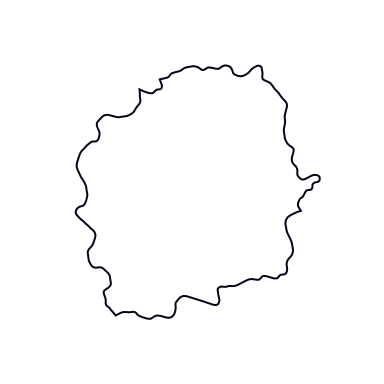 Santo Domingo Norte, Santo Domingo, Dominican Republic, rotated 107°
{"feature_id": "3306468B69906942456290", "entity_name": "Santo Domingo Norte", "entity_type": "district", "adm_level": 2, "iso_a3": "DOM", "parent_name": "Dominican Republic", "parent_adm1": "Santo Domingo", "projection": "albers", "projection_center": [-69.908, 18.61], "detail": "fine", "context": "isolated", "style": "outline", "palette": "ink", "viewbox_px": 384, "rotation_deg": 107, "n_neighbors": 0, "source": "geoboundaries", "source_scale": "gbopen_adm2", "svg_char_len": 5665}
<svg xmlns="http://www.w3.org/2000/svg" viewBox="0 0 384 384"><g transform="rotate(107 192 192)"><path d="M210.1,302.6L212.2,300.1L213.8,298.2L215.6,296.5L217.5,295.0L218.9,294.3L221.0,293.4L224.1,291.7L225.6,291.2L227.1,290.9L228.7,290.8L231.1,290.7L233.4,290.9L234.9,291.1L236.2,291.7L236.8,292.0L237.2,292.5L239.0,295.2L240.0,296.1L241.2,296.9L242.6,297.4L244.0,297.5L245.5,297.3L246.1,297.0L246.7,296.7L247.6,295.6L249.7,292.1L250.3,290.9L251.4,288.1L253.4,284.2L254.6,281.4L256.3,278.3L257.8,275.0L258.6,273.8L259.7,272.8L260.9,272.0L261.6,271.7L263.2,271.4L265.5,271.3L268.8,271.4L271.2,271.6L272.7,272.0L274.0,272.5L275.9,273.5L277.2,274.0L277.9,274.1L279.4,274.2L280.1,274.1L281.4,273.6L283.9,272.4L286.7,271.2L287.4,270.8L289.3,269.3L291.0,267.5L291.9,266.3L292.6,264.8L292.7,264.1L292.7,262.6L292.3,261.3L291.0,258.3L290.8,257.6L290.7,256.1L290.9,255.4L291.3,254.1L292.6,251.6L293.4,249.6L294.2,248.3L295.1,247.2L296.2,246.2L297.5,245.5L299.5,244.6L302.0,243.3L303.3,242.8L304.1,242.7L305.6,242.8L307.0,243.4L308.2,244.2L310.5,246.1L311.7,246.9L312.3,247.1L313.0,247.2L313.7,247.2L314.4,246.9L315.6,246.2L318.0,244.4L319.3,243.5L320.6,242.9L324.0,241.9L325.0,241.2L325.8,240.2L326.6,237.8L327.1,236.7L328.6,234.9L330.3,232.0L332.4,228.9L329.2,225.6L328.1,224.4L327.1,223.0L326.8,222.3L326.3,220.8L325.2,216.4L324.1,214.0L323.7,212.7L323.6,212.1L323.7,210.8L324.2,209.8L325.1,208.5L325.4,208.0L325.9,205.8L326.2,203.4L326.2,200.9L326.2,198.4L326.0,196.8L325.6,195.3L325.0,194.1L324.5,193.6L322.5,192.1L321.5,191.1L320.7,190.0L320.1,188.6L319.7,186.2L319.5,179.5L319.2,177.8L318.6,176.4L317.7,175.2L316.5,174.3L315.1,173.6L313.4,173.3L311.7,173.2L309.1,173.4L306.7,174.0L303.8,175.1L303.1,175.2L301.9,175.0L298.2,173.5L296.8,172.9L295.7,172.0L294.7,170.9L293.9,169.7L293.6,168.9L293.3,167.2L293.2,165.4L293.3,150.1L293.6,139.4L293.4,137.0L292.8,135.5L292.3,134.9L291.8,134.4L291.1,134.2L289.7,133.9L288.3,134.0L287.5,134.2L286.2,134.7L283.2,136.5L278.3,138.8L277.1,139.0L276.4,138.8L275.8,138.5L274.8,137.7L274.1,136.6L273.8,136.0L272.9,132.1L272.6,131.5L271.3,129.6L271.0,129.0L269.9,125.0L269.3,123.5L268.3,122.1L267.2,120.8L261.0,114.5L259.9,113.2L258.8,111.8L258.1,110.3L257.8,109.5L257.5,107.9L256.9,104.0L256.4,102.6L256.0,102.1L255.0,101.4L252.9,100.5L252.4,100.2L251.9,99.8L251.5,99.2L251.2,98.6L250.9,97.1L250.7,94.7L250.7,89.0L250.4,87.4L250.0,86.1L249.6,85.5L249.1,85.1L248.0,84.5L246.4,83.8L245.4,83.1L244.8,82.2L244.0,80.0L243.2,79.0L242.7,78.6L241.4,78.2L240.7,78.1L239.3,78.2L238.5,78.3L237.2,78.7L234.1,80.2L232.6,80.6L231.1,80.7L229.6,80.6L228.1,80.3L224.3,78.5L222.8,78.1L220.5,78.0L219.0,78.1L218.2,78.3L216.9,78.9L211.0,81.9L209.0,83.5L203.4,88.7L201.4,90.2L198.7,91.5L195.6,93.2L194.1,93.6L192.6,93.9L191.0,93.8L189.5,93.6L188.0,92.9L186.6,92.0L184.7,90.3L182.3,87.7L180.5,85.7L178.1,82.3L175.1,85.9L173.9,86.7L172.5,87.2L170.9,87.3L169.3,87.2L167.8,87.0L166.4,86.4L164.6,85.0L164.0,84.7L162.6,84.3L158.8,83.6L157.5,83.1L156.9,82.7L156.5,82.2L155.4,79.6L155.1,79.1L154.7,78.7L154.2,78.4L153.1,78.2L152.0,78.3L150.0,78.9L148.9,78.7L147.9,78.1L147.0,77.3L145.6,74.7L144.8,73.9L144.2,73.6L143.0,73.5L141.3,73.9L140.7,74.2L140.2,74.7L139.7,75.3L139.5,76.0L139.4,76.7L139.4,78.1L139.7,79.6L140.0,80.3L140.4,81.0L141.4,82.4L146.6,87.7L147.4,89.0L147.7,89.7L147.9,90.4L147.7,91.7L147.2,92.9L146.0,95.0L145.1,96.0L143.9,96.6L140.6,97.5L139.9,97.8L138.7,98.5L137.3,100.0L135.6,103.1L134.7,104.2L133.7,105.1L132.4,105.9L131.7,106.1L130.1,106.5L123.6,106.7L122.1,107.0L121.5,107.3L120.9,107.8L120.2,108.9L118.9,112.8L117.8,114.8L116.8,116.0L115.6,117.2L114.4,118.3L113.0,119.1L106.4,122.2L104.7,122.6L99.6,123.1L98.0,123.4L96.5,123.9L93.9,125.1L92.5,125.5L90.1,125.8L83.3,126.1L81.6,126.4L80.8,126.7L79.6,127.4L78.1,129.0L77.4,130.2L76.1,132.7L75.0,134.3L72.0,138.1L71.3,139.3L69.5,142.7L66.1,147.1L65.3,148.5L64.9,149.2L64.5,150.7L64.0,155.1L63.7,156.4L63.4,157.0L62.9,157.6L62.4,158.0L61.8,158.3L60.5,158.7L58.5,159.1L57.1,159.6L53.1,161.6L52.5,162.0L52.1,162.5L51.7,163.1L51.6,163.8L51.6,164.5L51.7,165.2L52.3,166.6L53.9,168.3L55.7,169.9L57.0,170.8L60.5,172.4L61.9,173.2L63.2,174.2L65.0,175.9L66.0,177.2L66.8,178.6L67.1,179.4L67.4,180.9L67.5,183.2L67.3,184.7L67.0,186.1L66.3,187.3L65.8,187.7L63.2,189.6L61.8,191.1L61.5,191.7L61.0,193.2L60.9,193.9L60.9,195.5L61.2,197.0L61.5,197.7L62.2,198.9L63.7,200.4L65.7,201.8L66.2,202.3L66.5,202.9L66.8,203.6L67.1,205.1L67.5,209.9L67.9,212.2L68.5,213.4L68.9,213.9L70.4,215.0L71.2,215.8L71.9,216.7L72.2,217.3L72.3,217.9L72.3,218.5L72.2,219.0L71.1,222.0L70.9,224.2L71.0,226.5L71.2,227.3L71.8,228.7L73.1,231.2L74.1,233.2L75.3,235.0L76.8,236.5L79.5,238.5L80.2,239.5L81.3,241.3L83.8,245.3L84.7,246.2L85.8,246.9L88.7,248.0L89.7,248.9L91.9,252.5L93.7,255.8L97.1,253.2L98.8,252.0L100.0,251.6L101.3,251.5L102.0,251.7L102.6,252.0L103.0,252.5L103.3,253.0L104.0,254.8L104.7,255.9L105.7,256.6L107.6,257.5L108.7,258.4L109.2,259.0L109.7,260.6L110.0,263.2L109.8,267.9L109.2,272.2L111.8,271.1L116.1,269.7L119.2,268.2L120.6,267.9L121.4,267.9L122.8,268.0L127.3,269.9L131.8,270.9L132.5,271.2L133.9,272.0L135.2,273.0L136.4,274.2L137.5,275.4L138.5,276.7L139.2,278.1L140.1,280.2L141.7,283.4L142.2,284.9L142.4,286.5L142.7,294.2L143.0,295.8L143.6,297.2L144.5,298.4L145.6,299.4L146.1,299.8L151.9,302.6L153.3,303.0L154.1,303.0L155.6,302.7L156.3,302.4L157.6,301.6L161.2,298.5L162.6,297.7L163.3,297.4L165.6,297.0L167.2,296.9L168.6,297.0L170.0,297.4L170.6,297.7L171.2,298.1L171.9,299.2L172.9,302.1L173.7,303.1L177.6,305.8L178.8,306.5L181.6,307.7L184.8,309.4L186.3,309.9L187.9,310.2L189.6,310.4L194.7,310.5L197.3,310.5L198.9,310.3L200.6,310.0L202.1,309.4L204.1,308.0L210.1,302.6Z" fill="none" stroke="#020617" stroke-width="2"/></g></svg>